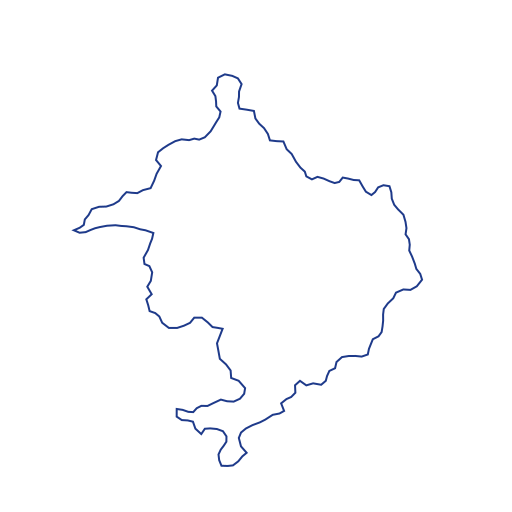 outline of Nacip Raydan, Minas Gerais, Brazil, rotated 153°
{"feature_id": "56859067B95116732542422", "entity_name": "Nacip Raydan", "entity_type": "district", "adm_level": 2, "iso_a3": "BRA", "parent_name": "Brazil", "parent_adm1": "Minas Gerais", "projection": "orthographic", "projection_center": [-42.174, -18.485], "detail": "fine", "context": "isolated", "style": "outline", "palette": "blue", "viewbox_px": 512, "rotation_deg": 153, "n_neighbors": 0, "source": "geoboundaries", "source_scale": "gbopen_adm2", "svg_char_len": 2844}
<svg xmlns="http://www.w3.org/2000/svg" viewBox="0 0 512 512"><g transform="rotate(153 256 256)"><path d="M406.6,361.6L402.6,356.8L396.9,354.6L391.6,354.3L386.8,353.8L382.1,352.7L375.0,350.6L367.2,347.2L362.5,344.0L357.9,341.3L351.8,337.1L347.1,332.4L342.8,329.1L337.0,323.1L340.8,318.5L344.4,315.4L349.5,310.4L356.9,305.5L359.0,299.5L355.6,295.4L355.9,288.6L361.0,281.6L366.8,278.0L366.3,269.3L373.4,267.2L374.4,261.1L375.8,255.2L371.7,250.9L369.6,246.0L369.9,239.1L366.3,231.5L358.9,227.7L351.8,226.6L345.1,226.4L339.0,229.1L332.2,225.6L329.1,218.7L327.0,212.4L322.7,209.3L318.8,206.3L325.5,200.3L330.4,195.9L332.5,188.8L334.9,180.8L331.9,173.0L330.6,165.5L333.5,158.6L328.1,152.7L325.7,143.2L329.1,138.6L335.1,136.1L342.0,136.4L347.7,139.7L352.5,144.0L360.8,144.3L367.3,144.4L372.7,147.3L377.9,147.3L382.8,145.4L387.1,147.9L391.2,152.2L396.1,155.7L399.6,148.9L396.6,143.5L391.5,140.5L387.4,137.0L388.4,129.7L385.6,122.2L380.0,125.3L375.1,123.2L369.4,119.6L365.0,114.9L364.2,108.7L366.7,104.0L370.9,101.6L375.3,99.5L379.5,96.2L381.5,90.8L382.0,84.8L376.6,81.8L371.6,79.9L365.0,81.1L359.1,83.7L353.7,84.9L355.8,93.2L353.9,101.7L349.5,105.5L343.3,106.9L335.9,106.9L328.1,106.0L322.1,106.0L313.2,106.9L306.6,105.0L301.3,105.2L300.5,113.3L293.8,114.7L288.7,114.4L283.0,116.3L279.9,123.1L273.5,124.8L269.9,117.9L262.9,116.6L256.4,111.7L250.5,113.1L247.2,116.8L242.8,120.3L236.5,120.1L232.4,125.0L225.3,126.9L218.8,124.8L212.8,121.8L207.5,118.4L201.1,117.5L197.5,122.0L193.5,125.5L189.7,128.8L183.3,128.8L178.6,131.2L175.3,135.7L172.1,140.6L169.3,146.2L166.2,150.8L160.1,153.9L152.9,156.0L147.9,159.8L139.9,159.3L133.8,155.7L126.5,156.0L118.8,159.5L117.8,165.5L119.0,171.7L118.0,177.0L117.2,184.6L117.0,191.3L113.9,196.2L112.1,201.5L112.9,207.4L109.3,212.5L107.3,218.5L105.9,225.8L108.3,233.2L109.6,238.9L109.0,245.4L106.5,251.3L105.4,257.6L110.3,261.2L116.0,261.7L120.9,258.9L125.5,257.9L128.9,263.4L129.4,269.5L129.7,276.6L134.5,279.4L138.8,283.2L143.1,286.5L148.2,284.2L152.8,285.3L156.5,289.2L160.6,294.3L165.3,298.6L171.4,298.9L175.0,304.1L174.2,309.0L176.3,314.6L177.6,321.8L177.9,330.7L180.2,337.2L179.6,345.6L185.7,349.1L191.1,352.7L190.0,359.3L190.8,366.3L193.1,372.5L194.1,378.8L192.0,386.2L198.0,390.7L203.8,394.8L202.6,400.6L199.0,405.4L196.4,410.3L190.8,415.7L191.5,422.5L195.4,427.3L201.3,432.0L208.9,432.1L213.5,425.8L220.1,423.3L219.6,416.9L221.4,411.9L223.5,407.3L222.0,400.8L225.8,396.2L230.4,393.5L234.9,390.7L239.8,387.7L247.7,385.0L253.8,385.5L257.7,388.6L263.0,389.6L269.3,393.7L275.8,395.0L283.5,394.8L289.7,394.2L296.2,392.9L301.5,386.9L299.8,379.3L307.2,374.4L312.6,369.3L319.1,364.3L326.8,366.0L333.2,365.9L338.1,368.8L342.4,371.7L347.7,369.9L353.1,367.3L359.5,366.8L366.9,368.0L373.5,371.1L381.1,372.3L386.6,368.5L391.9,366.3L395.3,361.9L400.2,361.2L406.6,361.6Z" fill="none" stroke="#1e3a8a" stroke-width="2"/></g></svg>